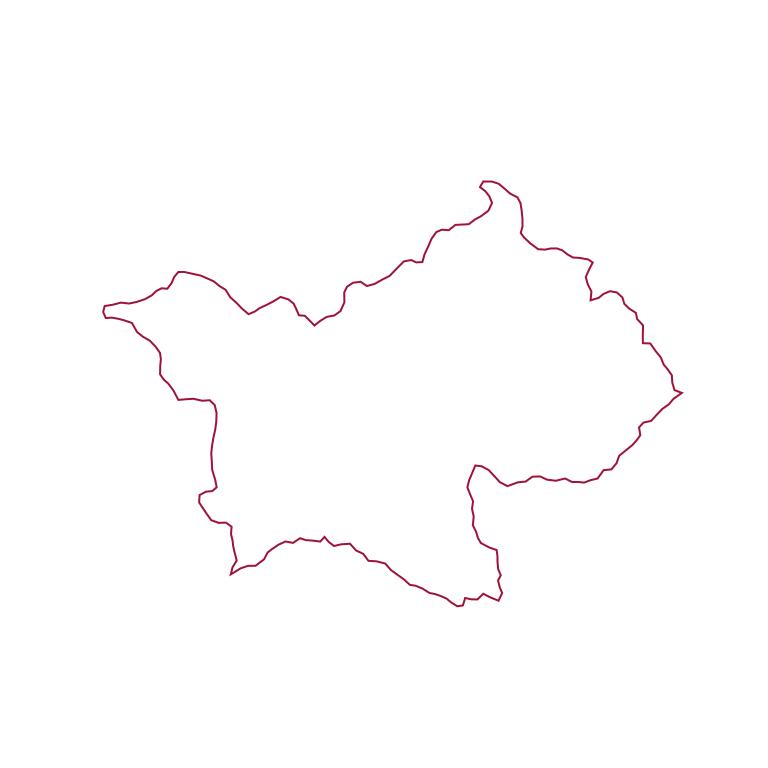 the district of Alvorada de Minas, Minas Gerais, Brazil, rotated 15°
{"feature_id": "56859067B93415811107896", "entity_name": "Alvorada de Minas", "entity_type": "district", "adm_level": 2, "iso_a3": "BRA", "parent_name": "Brazil", "parent_adm1": "Minas Gerais", "projection": "albers", "projection_center": [-43.373, -18.776], "detail": "fine", "context": "isolated", "style": "outline", "palette": "rose", "viewbox_px": 768, "rotation_deg": 15, "n_neighbors": 0, "source": "geoboundaries", "source_scale": "gbopen_adm2", "svg_char_len": 3330}
<svg xmlns="http://www.w3.org/2000/svg" viewBox="0 0 768 768"><g transform="rotate(15 384 384)"><path d="M674.0,315.5L666.2,314.7L662.1,308.1L659.8,301.1L654.3,296.5L649.2,292.9L644.5,286.7L638.0,282.0L630.7,275.9L623.5,277.6L621.4,270.1L619.1,260.4L611.7,255.7L608.9,250.1L601.3,247.7L595.4,244.4L591.9,238.7L585.3,235.3L578.2,235.9L572.8,240.1L569.0,245.3L561.9,249.7L560.4,241.0L555.0,234.9L551.2,228.5L552.5,220.1L554.2,212.7L549.1,210.9L540.8,211.5L533.7,212.9L527.5,211.3L521.5,208.7L515.9,208.3L510.0,209.9L504.8,212.5L498.0,213.9L488.9,210.3L481.3,206.2L477.0,202.8L477.0,195.9L474.9,188.3L472.0,180.7L469.0,173.9L464.6,169.2L456.5,167.4L448.2,163.3L442.9,160.9L435.9,160.5L427.5,162.7L425.7,168.9L431.9,171.5L437.0,175.3L441.5,181.1L440.0,189.5L434.4,196.7L429.3,201.5L424.5,207.7L417.5,210.0L411.8,211.8L406.7,218.7L399.9,220.0L395.2,223.7L392.3,231.5L391.0,240.3L389.6,248.2L389.5,256.3L383.6,258.2L378.3,257.2L371.5,260.4L365.8,270.3L361.4,278.2L355.4,283.5L349.0,289.8L342.1,293.8L335.0,291.3L327.9,294.2L323.1,299.6L321.9,305.8L324.6,315.4L323.1,324.8L318.4,330.6L311.3,334.0L306.0,339.6L301.7,345.5L295.8,342.0L289.9,338.6L284.0,339.6L280.1,334.6L276.0,329.8L269.8,327.0L261.5,326.7L255.3,333.3L249.4,338.6L244.3,342.8L240.5,347.4L235.1,351.6L226.9,347.7L220.9,344.0L212.9,339.9L206.6,334.0L200.1,332.1L193.0,328.9L179.0,326.7L170.5,327.1L161.9,327.5L156.3,329.1L153.6,335.0L152.7,341.5L150.0,348.1L144.4,349.1L140.0,353.1L136.7,358.5L131.3,363.8L123.6,368.9L116.8,372.3L108.8,373.5L101.4,377.7L94.0,381.0L94.1,387.1L98.2,392.3L104.1,390.3L110.0,389.8L115.9,389.7L124.8,390.3L131.9,397.6L138.8,400.7L146.9,402.9L154.1,407.3L159.6,412.0L162.0,417.6L163.2,424.5L165.2,432.6L170.2,436.8L175.6,439.5L182.3,444.8L189.5,452.6L197.2,449.8L203.7,447.6L212.9,447.2L219.8,444.8L226.0,448.2L229.8,455.4L231.9,464.6L232.8,472.1L233.1,479.6L233.8,487.4L235.1,495.8L237.6,503.0L240.2,511.2L245.9,520.5L249.1,527.1L245.8,531.9L239.9,534.1L234.6,539.0L236.1,546.3L241.1,550.7L246.1,555.1L252.4,560.3L260.3,560.9L267.3,558.8L273.7,561.3L275.1,568.7L278.2,574.3L280.3,579.7L283.8,586.3L287.4,592.6L285.1,600.4L285.3,607.5L293.3,599.1L299.8,594.8L306.9,592.9L313.5,584.4L315.2,576.9L318.5,572.5L323.7,566.5L329.7,561.6L337.3,561.0L342.8,554.7L349.0,555.0L355.8,553.7L363.2,552.7L366.1,547.1L371.5,550.9L377.7,553.4L384.0,550.0L392.5,547.1L400.3,552.1L407.9,553.4L414.7,558.8L422.8,557.2L431.7,557.1L438.8,561.9L446.1,564.7L453.0,567.2L461.0,571.3L466.6,570.7L474.0,571.6L482.0,574.1L487.6,573.7L493.8,574.1L500.0,575.1L505.1,577.5L512.2,579.7L517.5,577.5L517.8,569.7L524.0,569.4L530.0,567.9L534.2,560.9L541.3,562.5L550.7,563.7L552.2,555.3L548.6,550.7L545.0,544.3L546.3,538.5L542.2,533.3L539.7,526.5L538.0,520.5L535.7,515.2L528.0,514.7L518.7,512.5L514.3,508.1L511.3,503.0L506.4,497.5L504.9,488.7L501.3,481.7L500.4,474.2L495.9,468.5L491.3,462.3L491.1,455.1L492.2,447.3L493.3,439.1L499.6,438.2L507.5,440.1L514.4,444.4L521.2,448.8L529.7,450.7L538.6,444.4L546.0,441.6L551.4,435.1L558.8,432.9L566.2,434.2L574.9,433.0L583.4,428.4L591.1,430.0L596.4,428.5L602.9,427.4L608.3,423.5L614.8,420.0L618.4,410.4L625.8,407.6L629.1,400.4L629.7,392.5L634.2,386.3L639.7,378.7L642.7,372.9L644.8,367.1L641.6,359.9L644.6,354.1L651.6,350.5L655.4,343.1L659.4,335.9L664.4,329.9L667.4,323.5L674.0,315.5Z" fill="none" stroke="#9f1239" stroke-width="2"/></g></svg>